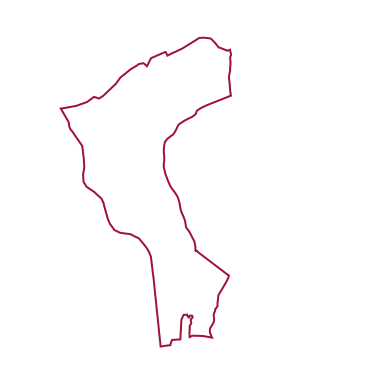 Barito Selatan, Kalimantan Tengah, Indonesia (Albers equal-area conic projection), rotated 332°
{"feature_id": "22746128B74191069780867", "entity_name": "Barito Selatan", "entity_type": "district", "adm_level": 2, "iso_a3": "IDN", "parent_name": "Indonesia", "parent_adm1": "Kalimantan Tengah", "projection": "albers", "projection_center": [115.007, -1.964], "detail": "fine", "context": "isolated", "style": "outline", "palette": "rose", "viewbox_px": 384, "rotation_deg": 332, "n_neighbors": 0, "source": "geoboundaries", "source_scale": "gbopen_adm2", "svg_char_len": 5249}
<svg xmlns="http://www.w3.org/2000/svg" viewBox="0 0 384 384"><g transform="rotate(332 192 192)"><path d="M155.6,308.6L156.3,308.1L156.7,307.6L157.1,307.0L157.3,306.5L157.5,306.5L161.0,304.8L161.8,303.0L162.7,301.6L166.9,295.5L174.7,290.8L177.1,289.3L180.3,287.3L183.4,285.1L185.4,283.1L184.8,282.1L169.5,248.9L169.3,248.4L169.1,247.9L168.8,246.3L167.6,246.0L167.6,245.0L169.2,242.3L169.9,240.0L170.5,238.0L170.9,236.7L170.9,231.5L171.0,227.7L171.0,225.9L170.6,222.9L170.3,221.7L170.4,219.6L171.0,218.2L171.5,216.6L172.0,215.2L172.3,214.1L172.8,210.8L173.1,206.6L173.4,203.8L174.2,200.6L175.0,198.3L175.6,196.6L176.1,194.8L176.6,192.2L177.0,189.3L176.9,187.8L176.6,183.8L176.1,181.4L175.6,176.6L175.7,175.9L175.8,174.1L175.9,172.3L176.3,168.7L176.6,166.7L177.1,163.1L177.8,160.6L178.7,157.0L180.0,154.3L181.4,152.5L182.9,150.0L183.8,148.2L184.7,146.4L185.6,144.1L187.2,141.0L189.2,138.0L191.7,135.1L195.1,133.5L197.1,133.2L200.0,132.6L202.0,132.5L203.9,131.5L205.8,130.5L207.5,129.3L209.5,127.8L210.8,126.8L212.2,126.1L215.3,125.8L218.3,125.5L223.0,125.5L226.3,125.7L227.5,125.7L229.8,125.4L232.2,124.7L234.1,122.8L236.1,122.3L240.7,122.1L244.1,122.2L247.1,122.5L251.8,123.0L271.6,125.2L271.7,124.7L271.9,124.2L272.0,123.8L272.1,123.4L272.3,123.1L272.5,122.9L272.6,122.7L272.7,122.2L272.9,121.6L273.0,121.2L273.1,120.7L273.2,120.4L273.3,120.3L273.5,119.9L273.7,119.5L273.8,119.4L273.9,119.2L274.0,118.7L274.1,118.3L274.3,117.8L274.5,117.5L274.6,117.2L274.9,116.8L275.0,116.6L275.0,116.4L275.1,116.2L275.3,115.9L275.4,115.7L275.5,115.5L275.6,115.4L275.8,114.9L275.9,114.7L276.0,114.4L276.0,114.2L276.3,113.5L276.5,112.9L276.6,112.6L276.8,112.3L277.0,112.0L277.1,111.8L277.1,111.6L277.1,111.4L277.2,111.2L277.3,110.8L277.4,110.6L277.6,110.3L277.7,110.1L277.9,109.6L278.0,109.2L278.1,108.8L278.2,108.6L278.3,108.5L278.3,108.4L278.4,108.2L278.5,108.1L278.7,107.9L278.8,107.7L279.0,107.3L279.1,107.1L279.3,106.9L279.5,106.7L279.7,106.3L280.0,105.9L280.3,105.6L280.5,105.4L280.6,105.1L280.8,104.9L280.9,104.7L281.0,104.6L281.2,104.4L281.3,104.3L281.4,104.1L281.5,104.0L281.6,103.9L281.8,103.7L282.1,103.4L282.3,103.2L282.5,103.0L282.6,102.8L282.7,102.7L282.8,102.5L282.8,102.3L282.9,102.1L283.2,101.8L283.3,101.6L283.5,101.3L283.5,101.1L283.6,100.9L283.6,100.7L283.9,100.3L284.0,100.1L284.2,99.9L284.3,99.8L284.4,99.6L284.6,99.4L284.7,99.2L284.9,98.9L285.1,98.6L285.3,98.3L285.5,98.1L285.7,97.9L285.7,97.7L285.9,97.3L286.0,97.1L286.0,96.9L286.2,96.7L286.4,96.4L286.6,96.1L286.8,95.9L286.9,95.7L286.9,95.4L287.0,95.3L287.1,95.2L288.3,92.3L289.2,90.6L290.7,89.5L291.0,88.9L291.2,88.2L291.4,87.7L291.8,86.1L292.1,84.7L292.3,84.2L289.7,84.0L284.2,77.5L283.4,76.9L282.4,71.3L280.8,65.8L280.0,64.8L275.4,61.6L270.9,59.4L250.6,60.8L238.2,60.1L234.3,60.1L234.4,58.7L234.5,56.3L234.1,55.8L218.7,54.6L214.6,57.5L211.3,59.8L209.7,55.5L205.0,54.0L202.6,54.5L195.7,54.8L182.6,57.3L180.5,58.3L175.6,60.7L169.5,62.4L158.8,65.4L153.8,65.8L150.1,62.0L141.7,63.3L130.1,61.6L115.3,56.8L115.4,58.7L115.5,61.1L115.9,72.4L114.4,76.6L114.1,79.5L114.8,82.9L115.1,86.2L116.7,99.5L116.6,100.0L115.6,102.7L113.9,107.1L112.4,111.1L109.0,118.5L108.3,120.0L104.2,125.1L101.0,132.3L101.4,138.0L103.3,141.5L105.2,145.0L105.4,145.5L105.7,146.0L106.7,149.0L108.6,154.3L109.0,155.3L108.7,160.3L107.8,163.5L104.9,177.0L104.8,178.7L104.6,181.8L105.1,185.2L105.4,187.2L105.5,189.0L106.1,189.7L108.3,192.8L109.5,194.4L112.2,196.3L113.7,197.4L116.0,199.0L117.8,200.3L118.8,201.7L121.0,204.9L123.3,207.8L123.4,208.3L123.9,210.5L124.7,214.5L125.2,217.1L125.7,219.9L125.8,222.9L125.9,223.5L125.4,229.7L122.9,236.2L121.2,240.5L120.7,241.9L120.1,243.4L119.5,244.8L118.3,248.3L113.2,260.9L112.8,261.7L110.7,266.9L109.6,269.8L106.5,277.3L102.2,288.0L100.1,293.1L96.5,301.9L95.4,304.7L94.6,306.6L93.4,309.8L91.7,313.7L92.3,313.9L96.6,315.4L101.0,317.1L101.6,316.3L104.9,313.2L105.7,313.6L107.4,314.4L110.4,315.7L111.8,316.3L112.6,316.6L112.8,316.2L120.5,303.4L121.9,301.1L122.7,299.8L126.8,296.6L130.0,297.9L129.8,298.4L129.8,298.8L129.9,299.2L130.0,300.8L130.1,301.2L130.4,301.3L130.7,301.3L131.0,301.1L131.3,300.8L131.6,300.3L131.9,300.2L132.2,300.2L132.4,300.3L133.5,300.9L133.9,301.3L134.1,301.6L134.1,302.1L133.9,302.5L133.7,302.8L133.3,303.2L132.9,303.4L132.5,303.5L131.9,303.7L131.4,303.7L131.1,303.9L130.9,304.1L130.7,304.5L130.6,304.9L130.4,305.6L130.2,306.3L130.1,306.5L130.0,307.1L129.6,307.6L129.4,307.9L128.5,308.3L128.0,308.6L127.3,309.1L126.8,309.5L126.5,309.9L126.5,310.1L126.5,310.3L126.5,310.5L126.4,310.7L126.2,311.2L125.9,311.4L125.7,311.7L125.5,312.0L125.3,312.4L124.9,313.0L124.5,313.8L124.2,314.4L123.9,314.8L123.5,315.3L123.0,316.3L122.9,316.6L122.8,316.9L122.7,317.5L122.6,317.8L122.4,318.2L122.2,318.6L121.9,318.9L121.7,318.9L121.7,319.0L124.8,319.1L125.0,319.1L128.9,321.3L129.2,321.5L130.3,322.1L134.4,324.5L134.5,324.6L138.9,328.1L139.2,328.3L141.3,330.0L141.4,329.3L141.4,328.4L141.6,327.0L141.7,325.9L141.8,325.0L141.9,324.5L142.1,324.0L142.4,323.4L142.8,322.6L143.2,321.9L143.5,321.5L143.9,321.1L144.4,320.6L144.9,320.3L145.5,319.9L146.5,319.4L147.8,318.7L148.6,318.1L149.6,317.4L150.5,316.6L151.0,316.0L151.5,315.2L151.8,314.7L152.4,313.3L153.2,311.2L153.7,310.3L154.1,309.8L154.7,309.3L155.5,308.7L155.6,308.6Z" fill="none" stroke="#9f1239" stroke-width="2"/></g></svg>